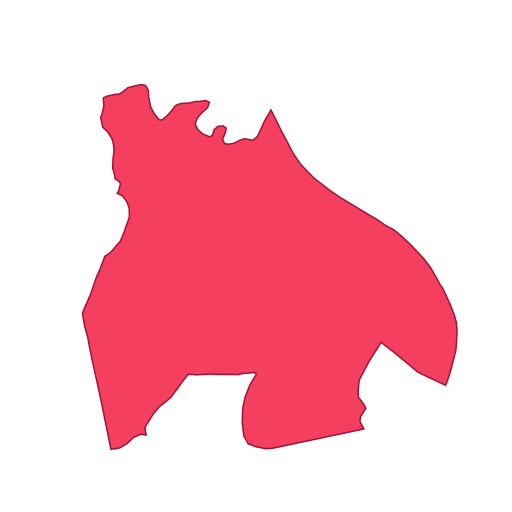 the district of Kracheh, Krâchéh, Cambodia, rotated 168°
{"feature_id": "14789045B39299844966320", "entity_name": "Kracheh", "entity_type": "district", "adm_level": 2, "iso_a3": "KHM", "parent_name": "Cambodia", "parent_adm1": "Krâchéh", "projection": "mercator", "projection_center": [106.043, 12.483], "detail": "fine", "context": "isolated", "style": "filled", "palette": "rose", "viewbox_px": 512, "rotation_deg": 168, "n_neighbors": 0, "source": "geoboundaries", "source_scale": "gbopen_adm2", "svg_char_len": 2385}
<svg xmlns="http://www.w3.org/2000/svg" viewBox="0 0 512 512"><g transform="rotate(168 256 256)"><path d="M211.0,395.7L219.4,386.5L225.7,378.0L229.3,373.2L232.2,371.3L235.0,369.9L242.8,373.1L247.6,372.6L254.6,370.8L259.8,371.1L263.3,372.5L264.5,376.9L259.6,384.4L258.6,387.2L261.0,390.0L266.0,390.8L270.5,388.5L273.6,383.2L276.4,382.1L282.8,386.5L286.8,392.0L288.0,397.8L284.9,402.9L280.5,406.5L272.5,411.2L269.6,416.0L273.0,418.6L279.2,418.9L282.8,419.7L290.0,419.6L298.0,420.8L303.4,419.9L307.6,416.2L313.7,411.8L319.9,408.5L322.7,409.6L326.2,417.1L328.0,423.6L327.9,434.6L326.8,440.1L328.6,445.6L331.3,447.3L335.0,447.6L346.2,447.3L352.8,444.0L356.9,442.6L359.1,443.4L368.9,443.3L372.5,442.3L372.9,440.2L373.5,434.7L376.6,427.9L379.2,423.6L379.1,418.8L379.2,414.0L375.4,408.4L372.6,401.0L372.3,398.0L372.3,392.4L373.4,387.2L375.5,381.3L378.0,371.8L377.4,364.8L377.7,360.8L374.5,357.5L373.5,354.7L375.4,351.4L376.4,348.8L378.7,346.2L374.2,342.6L371.2,336.4L370.1,329.2L371.7,320.6L374.1,316.6L376.0,313.6L380.3,306.4L385.6,298.8L398.0,289.4L403.9,287.2L406.6,282.9L411.9,274.7L416.3,268.8L426.1,252.5L434.4,241.0L437.7,236.2L438.2,223.2L437.5,210.9L437.8,201.8L437.9,189.4L437.6,150.8L438.1,97.2L436.1,97.0L433.8,96.7L429.5,96.6L421.1,99.3L413.5,104.0L405.5,105.6L400.6,103.7L400.6,107.7L400.1,111.6L394.9,117.1L389.8,122.4L381.6,128.9L374.8,132.1L368.4,135.7L362.1,141.1L352.7,149.6L346.7,154.5L345.0,153.9L338.8,152.1L326.6,150.3L315.4,147.5L304.4,145.2L298.0,143.6L294.0,143.9L287.8,143.0L281.9,142.4L280.2,140.4L282.5,137.9L288.4,131.7L296.1,120.1L300.6,109.8L304.1,95.9L305.3,82.6L302.8,74.0L295.7,69.4L286.3,65.4L279.0,64.5L270.1,64.4L264.6,64.5L186.5,64.4L187.1,66.8L188.8,72.4L187.1,77.2L184.3,80.0L180.1,84.2L181.6,88.9L185.2,96.8L184.0,103.3L180.8,113.3L175.8,119.2L168.7,127.8L163.2,133.7L157.0,139.8L151.6,145.6L138.8,130.3L123.8,111.3L122.0,108.9L114.6,103.1L105.8,96.5L97.4,90.1L94.4,94.7L89.2,103.8L84.2,113.8L80.0,122.5L77.6,130.8L74.8,141.5L73.8,149.6L74.3,156.9L76.1,168.3L77.4,174.0L79.5,183.4L80.7,187.5L81.9,189.6L83.9,196.7L87.5,207.9L91.5,216.7L97.5,227.0L103.2,236.1L107.8,242.8L112.8,249.4L117.0,254.2L119.8,256.2L123.8,259.8L129.9,266.4L138.9,274.6L153.0,287.8L162.6,296.8L170.7,305.5L183.0,320.0L185.4,323.8L189.3,329.9L193.4,336.6L198.5,349.2L201.4,360.0L205.0,372.4L209.0,388.3L211.0,395.7Z" fill="#f43f5e" stroke="#9f1239" stroke-width="1.5"/></g></svg>